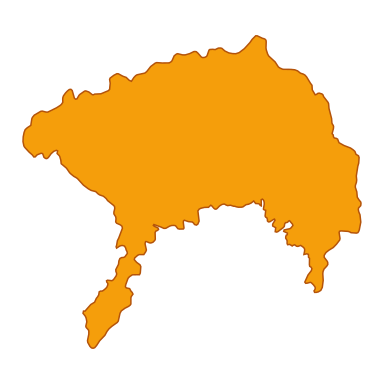 Lago De Atitlan, Sololá, Guatemala (Robinson projection)
{"feature_id": "79465075B18487207511943", "entity_name": "Lago De Atitlan", "entity_type": "district", "adm_level": 2, "iso_a3": "GTM", "parent_name": "Guatemala", "parent_adm1": "Sololá", "projection": "robinson", "projection_center": [-91.2, 14.679], "detail": "fine", "context": "isolated", "style": "filled", "palette": "amber", "viewbox_px": 384, "rotation_deg": 0, "n_neighbors": 0, "source": "geoboundaries", "source_scale": "gbopen_adm2", "svg_char_len": 5925}
<svg xmlns="http://www.w3.org/2000/svg" viewBox="0 0 384 384"><path d="M262.7,38.4L257.2,35.8L255.7,35.8L252.2,39.3L249.9,42.6L244.3,48.7L239.2,52.6L235.8,53.7L232.6,53.6L228.8,52.9L224.9,51.0L221.8,48.3L220.4,48.0L218.3,48.1L215.2,49.6L212.7,49.3L209.8,49.5L209.0,50.1L207.1,55.6L206.4,56.5L205.0,57.3L202.8,57.6L201.4,57.1L197.9,53.1L196.3,51.7L195.0,51.5L193.8,51.6L189.7,53.6L185.2,54.9L182.7,54.9L177.7,53.7L176.5,54.0L174.2,55.8L172.0,60.8L170.8,62.0L169.2,62.9L162.2,63.0L156.7,62.6L155.2,63.1L150.7,66.5L146.7,71.6L144.8,73.1L137.0,74.8L135.6,75.7L133.9,77.5L131.4,81.3L129.2,80.3L126.2,77.4L122.8,76.2L118.4,73.8L116.9,73.7L113.8,75.3L110.1,78.1L109.6,79.5L110.2,83.2L109.6,89.4L108.3,90.7L100.9,93.8L94.7,94.1L93.4,94.8L92.3,94.7L88.9,92.0L85.8,90.9L84.6,91.1L80.0,94.3L79.0,95.3L77.0,98.8L75.6,99.2L74.4,98.2L72.2,90.5L70.9,89.3L69.3,89.5L67.4,91.0L65.5,93.0L63.5,95.8L62.9,97.4L62.7,99.0L62.8,102.3L61.4,104.4L60.1,105.5L56.5,107.8L47.8,112.1L46.2,112.1L42.3,111.1L40.8,111.3L34.3,115.1L32.4,117.4L31.8,118.9L30.8,125.4L27.3,127.7L25.2,129.6L24.1,132.4L23.2,136.9L23.0,141.6L23.8,145.6L24.2,146.6L25.3,148.0L29.2,152.2L32.2,154.8L33.9,157.0L35.4,156.8L36.7,155.2L37.9,154.5L41.0,153.3L42.1,153.4L42.9,154.1L43.9,157.2L45.4,158.4L46.8,158.6L48.3,157.6L51.1,153.7L53.8,151.3L56.4,150.3L57.6,150.8L57.1,153.5L59.3,155.7L59.8,156.7L60.8,160.1L61.2,163.7L66.5,168.2L69.6,172.7L70.8,173.9L73.9,176.4L76.1,177.6L77.5,178.6L83.4,185.1L88.3,188.8L91.1,190.4L95.7,191.6L98.1,193.9L99.6,194.9L103.1,196.1L104.0,196.7L106.1,198.5L107.6,200.6L113.7,205.5L114.6,206.7L114.7,208.8L113.9,212.0L113.9,213.9L115.7,216.8L116.0,218.7L115.7,221.9L116.6,223.2L120.4,224.9L122.0,226.3L122.4,228.3L118.7,238.1L117.4,240.7L116.6,245.3L116.1,246.8L116.6,248.1L119.5,246.2L121.0,245.6L122.7,245.5L124.5,246.1L125.7,248.1L126.1,249.8L127.1,251.8L127.3,253.5L124.9,256.8L123.7,257.4L121.5,257.6L119.9,258.5L118.9,260.9L118.5,264.3L115.8,269.6L115.9,271.5L116.6,273.2L116.6,274.5L116.1,275.9L114.2,278.7L113.3,279.8L111.9,280.7L107.5,280.2L106.5,280.8L106.8,282.1L107.8,283.4L107.8,284.8L107.0,286.9L105.8,288.4L103.4,290.4L102.1,291.1L100.5,291.1L99.2,291.8L98.7,294.9L97.6,296.8L96.3,298.4L94.6,302.2L90.8,304.5L85.0,311.1L83.5,311.1L83.0,313.3L85.1,315.9L86.0,317.7L86.5,319.9L86.8,321.9L85.8,326.2L86.2,327.5L88.3,329.8L88.8,331.0L88.8,334.1L87.5,340.6L87.8,342.5L89.9,346.3L91.0,347.5L92.0,348.1L93.3,348.2L94.7,347.7L96.6,345.5L99.7,340.7L104.9,335.3L107.0,331.4L109.1,328.7L112.0,326.2L117.3,322.4L118.3,321.0L120.0,313.3L121.3,310.9L124.8,308.3L128.7,306.3L130.2,305.1L130.9,304.0L130.9,297.8L131.3,296.5L133.0,294.1L132.1,292.3L131.1,291.3L129.6,288.6L126.3,287.9L125.4,286.8L125.7,284.8L128.0,278.4L129.5,276.7L132.4,274.8L139.5,274.7L140.3,273.0L140.8,266.6L140.0,264.8L136.7,262.4L134.3,259.7L134.7,257.9L137.7,255.3L139.1,254.6L143.8,254.6L145.8,251.6L146.4,250.0L145.2,244.5L145.1,243.3L145.6,241.6L146.6,241.6L149.3,242.8L150.8,243.0L152.9,242.3L154.8,240.4L155.3,239.2L155.1,232.4L156.0,231.0L157.6,230.4L158.6,229.3L158.0,228.0L154.5,226.4L153.3,225.4L153.9,224.5L160.6,226.9L163.9,228.4L165.8,228.3L169.7,226.1L171.6,225.5L174.0,225.4L175.5,225.7L177.9,228.7L179.5,229.1L183.4,229.0L184.0,228.0L183.3,222.5L183.5,220.9L184.3,220.2L188.3,221.6L192.3,222.0L193.6,223.1L194.5,224.5L196.4,225.1L197.8,224.2L199.1,221.1L197.9,210.9L199.2,209.1L200.8,208.3L204.5,207.4L208.5,207.3L210.8,205.2L211.8,205.9L214.0,208.4L214.8,209.0L215.9,209.2L217.0,208.6L219.6,205.9L221.9,204.5L223.5,204.1L224.6,204.1L226.0,205.0L227.6,205.6L230.5,205.2L233.4,206.2L234.9,206.3L236.3,206.8L238.4,207.2L241.3,207.2L242.9,206.9L246.0,204.7L248.6,204.2L251.2,203.0L253.7,201.0L255.6,203.5L258.5,203.7L259.5,204.2L260.2,205.4L261.3,205.9L261.2,199.7L262.4,199.1L263.2,199.8L263.9,201.0L264.2,202.7L264.2,204.5L263.4,209.1L264.2,209.9L265.7,210.3L265.1,216.0L265.6,217.1L266.8,217.8L267.4,219.4L267.4,220.9L268.4,221.9L269.8,221.8L273.6,219.4L274.5,219.1L275.0,220.3L272.9,223.7L272.6,224.7L272.7,226.0L275.7,227.7L275.2,231.7L276.6,232.1L277.8,231.7L283.3,227.6L284.3,226.4L284.7,223.8L285.6,222.6L286.7,222.6L287.8,222.1L288.5,221.1L289.5,220.7L292.5,224.2L292.9,225.5L291.1,227.8L289.8,228.7L284.2,229.9L283.7,231.4L287.4,233.1L287.3,234.7L286.2,235.2L285.7,236.9L285.7,238.2L287.1,240.5L287.1,243.5L287.6,244.7L289.7,244.4L292.2,246.0L293.1,245.3L294.7,244.8L296.5,246.2L297.9,246.4L300.7,245.4L303.0,247.0L304.2,248.2L304.6,249.2L304.6,250.9L303.9,254.5L306.8,253.8L308.4,254.4L308.5,257.2L309.5,258.3L309.4,264.6L309.7,266.3L311.1,267.2L311.9,268.7L311.3,270.7L308.0,275.0L304.8,282.1L305.7,283.3L307.5,283.1L310.3,282.3L311.4,282.8L313.5,284.9L314.9,286.8L315.3,288.0L314.9,289.6L314.0,290.9L314.6,292.4L316.2,292.4L318.3,291.9L320.8,290.4L322.3,287.4L323.2,280.4L322.8,273.9L323.0,271.7L324.0,269.1L326.7,266.2L327.8,264.5L327.7,262.3L327.1,261.1L324.2,257.3L324.2,255.3L326.0,252.5L328.9,250.2L333.3,247.5L336.5,244.2L339.7,240.0L340.0,238.4L339.1,232.5L339.5,231.3L340.9,230.9L348.1,231.4L349.7,231.9L351.0,232.7L356.4,233.1L357.8,232.7L358.6,231.6L359.3,229.8L360.8,222.1L360.0,214.8L358.8,211.9L358.3,209.5L358.6,207.9L360.7,205.7L361.0,203.7L360.8,202.1L358.8,199.6L357.3,197.2L356.8,191.8L355.3,187.2L355.4,185.3L356.4,182.4L356.7,180.0L356.3,176.0L357.8,166.3L358.7,163.2L359.1,157.6L358.5,155.8L356.0,154.3L354.9,151.4L353.0,149.7L350.5,148.0L344.0,145.5L339.0,142.7L337.6,139.1L336.2,138.3L334.3,138.0L333.5,136.8L333.2,134.9L332.1,133.7L333.4,128.7L333.6,126.7L333.3,125.5L332.2,123.8L331.9,122.8L331.6,118.6L329.0,108.5L328.6,103.7L328.0,102.3L323.6,96.6L323.0,94.9L321.9,93.9L319.1,93.1L317.5,93.5L316.7,94.3L315.2,94.8L312.3,89.9L312.0,85.3L310.3,83.0L306.6,76.9L305.0,75.1L303.3,74.1L300.5,73.2L297.6,70.9L294.8,69.8L290.8,69.4L282.9,69.3L280.1,68.1L278.4,67.0L275.1,61.9L268.8,56.1L267.7,54.2L266.3,49.9L266.0,47.9L266.2,41.9L266.0,40.3L265.2,39.3L263.8,38.6L262.7,38.4Z" fill="#f59e0b" stroke="#b45309" stroke-width="1.5"/></svg>